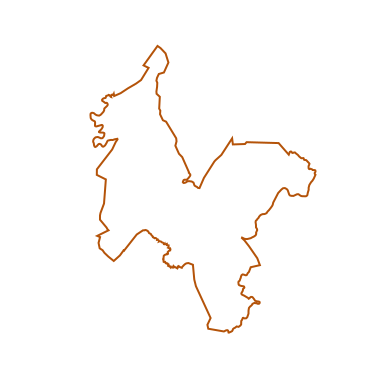 Juan R. Escudero, Guerrero, Mexico, rotated 228°
{"feature_id": "50627088B85628138735153", "entity_name": "Juan R. Escudero", "entity_type": "district", "adm_level": 2, "iso_a3": "MEX", "parent_name": "Mexico", "parent_adm1": "Guerrero", "projection": "robinson", "projection_center": [-99.489, 17.137], "detail": "fine", "context": "isolated", "style": "outline", "palette": "amber", "viewbox_px": 384, "rotation_deg": 228, "n_neighbors": 0, "source": "geoboundaries", "source_scale": "gbopen_adm2", "svg_char_len": 6044}
<svg xmlns="http://www.w3.org/2000/svg" viewBox="0 0 384 384"><g transform="rotate(228 192 192)"><path d="M60.6,136.4L60.4,138.7L60.7,139.9L63.2,142.3L63.5,143.6L64.4,145.5L64.2,145.9L63.1,146.3L62.0,147.6L61.9,147.9L62.0,149.3L63.8,152.6L66.0,154.6L67.7,156.7L68.0,158.3L67.9,160.6L68.4,162.1L67.9,163.9L67.5,164.4L67.0,164.7L66.3,165.6L65.3,165.8L64.5,166.5L64.1,167.2L64.3,168.1L64.9,168.6L65.8,168.4L67.7,166.8L69.1,166.1L70.4,166.4L71.6,166.5L73.1,166.6L73.8,166.4L74.6,165.6L74.7,164.9L74.6,163.3L74.8,162.7L75.3,162.8L75.6,162.8L80.1,161.4L82.2,160.5L83.0,160.5L83.7,160.9L84.6,163.6L85.8,165.1L85.8,166.4L85.9,166.9L86.8,167.4L87.3,167.3L89.3,165.7L90.6,165.0L91.2,164.7L92.1,164.8L93.7,165.9L94.3,166.7L94.2,168.0L94.3,168.3L95.2,169.8L95.6,170.8L96.3,171.7L97.0,173.1L96.9,174.4L96.1,175.1L94.3,176.1L93.8,176.7L93.7,177.3L94.4,179.1L94.5,180.8L96.8,185.3L92.2,193.5L99.1,196.2L113.8,198.1L120.9,198.6L124.4,198.3L124.6,198.7L121.9,199.8L120.2,201.4L119.8,202.1L118.4,204.7L117.9,206.9L117.5,207.9L117.4,209.4L117.2,209.8L117.3,210.5L117.9,211.7L118.6,212.1L119.0,212.6L120.1,215.0L121.2,215.6L122.9,215.9L124.7,217.5L127.1,219.1L127.9,220.2L127.9,221.6L128.2,222.6L128.3,224.3L128.8,225.4L129.0,227.6L128.4,229.5L127.0,231.3L126.4,233.2L126.9,235.1L127.0,236.9L127.5,239.9L128.1,242.5L128.6,243.6L129.8,245.3L133.6,255.4L134.0,260.1L133.9,262.1L133.1,263.3L132.3,263.9L130.4,264.4L129.2,264.3L125.0,262.5L123.9,262.5L123.5,262.7L122.4,263.5L121.2,264.8L120.1,268.4L119.4,269.4L118.9,269.7L116.5,270.2L115.2,271.0L112.6,273.8L112.4,274.8L112.5,275.6L114.0,277.6L115.6,280.2L117.1,281.5L118.7,283.9L119.6,287.0L119.8,289.0L120.5,291.5L122.2,295.3L123.0,295.3L123.7,295.6L124.1,296.0L124.3,296.9L124.6,297.5L125.3,298.0L125.6,298.1L126.2,297.8L127.6,296.4L128.4,296.4L130.0,295.6L130.3,294.7L130.8,294.4L131.7,294.6L133.2,295.9L134.1,297.8L134.4,298.2L135.5,298.3L139.2,298.2L140.8,296.9L142.6,297.5L143.8,296.0L144.5,295.7L146.9,295.4L148.6,295.5L151.5,295.0L152.4,295.0L153.0,294.4L153.5,293.2L153.9,292.7L155.5,292.8L155.9,292.6L156.1,292.3L156.3,291.5L155.0,288.9L170.4,289.1L192.5,265.9L192.2,263.5L200.0,254.2L205.0,257.7L199.9,238.6L199.9,230.8L199.7,229.0L194.5,210.3L189.9,200.2L191.0,199.2L192.4,199.1L193.9,198.5L195.0,198.2L195.4,198.3L198.0,199.4L200.0,198.8L202.0,197.1L203.0,195.8L203.2,194.0L203.5,193.1L204.2,191.9L204.8,191.7L205.5,191.8L206.2,193.1L206.4,193.7L206.2,194.6L204.7,196.2L204.6,197.3L204.8,199.2L205.2,201.2L205.6,202.0L206.3,202.5L208.4,202.5L208.6,202.9L224.5,208.1L229.1,207.9L237.5,210.6L240.0,214.4L242.5,216.2L261.6,219.8L264.8,218.4L271.2,220.3L273.7,222.9L275.9,223.4L284.3,231.8L288.7,231.4L290.5,232.8L293.5,236.4L296.4,239.3L298.5,240.0L300.2,242.3L301.9,246.3L299.6,251.1L304.0,261.1L312.7,265.1L320.0,264.9L323.6,264.1L318.5,240.7L313.3,242.8L309.3,229.1L310.0,222.9L311.9,213.8L313.2,205.1L315.4,198.4L317.2,199.5L316.3,197.6L317.2,198.3L317.4,198.3L317.8,198.0L318.0,196.9L317.3,195.8L316.7,195.5L317.1,195.3L319.3,195.4L320.0,195.0L320.0,194.1L320.8,192.6L320.7,192.4L319.8,190.9L319.9,190.4L320.6,189.4L320.9,188.3L320.9,187.7L320.6,186.7L319.6,186.3L318.6,186.7L316.2,187.1L315.4,188.2L314.8,188.4L313.7,188.1L313.3,187.8L313.0,187.3L312.8,186.6L312.7,182.8L312.4,182.3L311.5,181.4L310.9,180.0L310.6,177.4L310.5,175.6L310.9,174.1L312.6,172.7L314.1,172.1L316.3,171.8L317.4,171.1L318.0,170.3L318.1,169.2L317.2,168.1L315.0,166.4L314.4,166.1L313.0,165.9L311.9,166.1L309.9,166.9L309.4,167.0L308.5,166.5L306.1,164.2L305.6,164.2L304.9,164.6L304.5,165.2L302.3,169.7L302.0,170.0L301.2,170.1L300.8,169.9L300.0,169.0L299.6,167.9L299.3,166.7L299.1,163.3L298.7,163.0L297.7,163.5L295.7,165.6L295.2,165.9L294.5,166.2L294.0,166.0L292.5,164.2L292.0,162.3L292.0,161.5L292.2,161.0L292.9,160.2L295.2,159.2L295.9,158.8L296.6,157.8L297.0,157.2L297.2,156.4L297.1,154.7L296.8,153.8L296.2,152.9L295.4,152.1L294.1,151.7L292.1,150.4L290.9,150.0L290.2,150.2L289.9,151.1L289.8,151.8L290.1,154.6L289.7,155.4L289.4,155.7L287.9,156.2L286.9,155.9L285.9,155.9L285.2,156.2L285.0,156.6L284.9,157.0L284.8,158.6L285.6,161.2L286.4,163.1L286.5,163.7L286.4,164.1L285.1,166.4L283.7,167.9L282.9,169.8L281.5,172.1L280.9,171.8L280.2,168.8L277.0,161.1L272.5,136.5L268.4,132.7L259.0,136.4L242.3,118.9L237.6,109.9L236.1,107.9L233.0,105.1L222.6,104.7L221.3,104.3L219.4,104.3L222.8,92.2L220.0,93.5L216.7,88.5L211.9,85.7L208.6,86.6L205.4,86.2L200.0,86.6L193.1,87.7L193.1,96.0L194.3,101.8L193.1,102.5L194.0,102.4L194.3,102.6L194.0,102.9L197.4,122.5L196.3,130.0L195.4,130.9L195.1,131.8L193.8,132.7L193.0,132.8L192.1,133.1L190.2,132.6L188.4,133.3L186.9,133.0L185.1,133.1L184.6,132.7L182.7,133.3L182.7,133.7L181.9,134.3L180.2,134.5L179.9,134.1L179.6,134.7L179.2,134.5L178.6,134.8L177.4,134.6L177.3,134.4L177.1,135.0L175.9,135.8L174.8,135.9L174.0,136.4L172.8,136.7L172.1,136.2L171.9,136.3L171.9,136.8L171.7,136.6L170.8,137.5L170.3,138.6L169.3,137.8L168.0,138.9L167.2,138.2L166.8,137.5L166.5,137.3L166.5,137.0L164.9,137.7L164.8,138.0L164.2,137.8L164.2,137.5L163.8,137.5L163.6,137.1L163.2,136.7L163.7,135.5L163.6,133.8L162.2,132.9L162.1,132.4L162.3,131.9L162.9,131.9L163.0,131.8L163.0,130.6L163.5,129.7L163.5,128.4L161.9,126.5L161.5,125.6L161.1,125.5L160.9,125.7L160.5,125.3L160.2,124.9L159.0,124.2L158.7,124.4L158.5,124.9L158.1,125.3L157.7,125.2L156.7,124.8L156.4,125.1L156.4,125.3L155.9,125.7L155.5,125.9L155.1,125.5L154.5,125.7L154.1,126.2L153.9,126.2L153.2,124.8L152.4,125.1L152.2,125.6L151.7,125.8L151.2,125.6L150.9,125.6L151.2,125.9L150.9,126.3L150.3,126.0L149.5,126.5L149.4,126.9L148.8,127.4L149.4,128.7L149.0,128.7L148.7,128.2L148.6,128.6L148.4,128.7L148.0,128.4L147.8,129.1L145.0,130.0L145.2,130.5L145.5,130.4L145.9,131.1L146.1,132.3L145.1,132.7L144.7,132.6L142.5,133.7L142.8,134.3L142.9,134.9L143.1,137.5L143.0,139.2L142.6,140.3L141.6,141.8L137.3,144.0L125.4,135.1L119.4,131.9L85.9,121.5L83.0,114.6L79.5,112.6L67.0,122.4L66.4,124.7L65.8,125.7L65.3,126.0L64.7,126.0L63.1,125.1L62.8,125.3L62.1,127.4L61.8,128.7L62.0,129.5L62.7,130.7L62.7,131.9L62.3,133.2L62.2,135.2L60.6,136.4Z" fill="none" stroke="#b45309" stroke-width="2"/></g></svg>